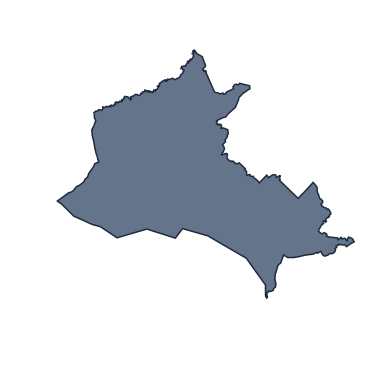 Šēderes pag., Ilukstes, Latvia (Mercator projection), rotated 335°
{"feature_id": "27541924B25331011014428", "entity_name": "Šēderes pag.", "entity_type": "district", "adm_level": 2, "iso_a3": "LVA", "parent_name": "Latvia", "parent_adm1": "Ilukstes", "projection": "mercator", "projection_center": [26.237, 55.885], "detail": "fine", "context": "isolated", "style": "filled", "palette": "slate", "viewbox_px": 384, "rotation_deg": 335, "n_neighbors": 0, "source": "geoboundaries", "source_scale": "gbopen_adm2", "svg_char_len": 5911}
<svg xmlns="http://www.w3.org/2000/svg" viewBox="0 0 384 384"><g transform="rotate(335 192 192)"><path d="M66.1,143.3L68.9,148.2L74.6,163.8L87.8,179.2L94.3,184.7L104.7,201.8L135.4,206.5L157.4,226.8L168.0,221.2L187.7,238.3L213.2,274.9L219.3,307.4L214.7,317.3L214.9,319.7L215.9,319.2L216.1,318.7L215.9,318.5L216.5,316.8L217.2,315.4L217.8,314.8L218.7,315.0L219.6,314.3L221.2,315.4L223.7,315.5L224.4,315.3L225.0,314.0L227.3,313.5L228.5,312.2L228.7,310.7L229.2,310.5L230.4,305.9L233.1,301.0L234.0,300.5L238.5,295.2L239.9,294.4L242.3,293.9L248.4,287.8L251.1,291.9L256.4,294.3L261.3,295.7L268.1,297.1L275.5,299.5L279.8,299.6L280.1,300.6L283.6,300.1L283.8,303.9L284.5,305.6L285.8,306.4L288.9,306.6L289.8,306.1L291.0,306.1L292.9,307.1L295.4,307.0L297.5,305.4L297.8,303.9L299.8,303.3L299.8,301.6L302.6,302.1L302.9,301.4L305.6,303.3L308.2,304.7L308.9,306.8L314.0,305.9L317.9,305.7L317.8,302.7L317.0,301.1L315.0,299.1L312.7,300.5L312.2,301.9L311.6,301.7L311.1,298.6L308.1,297.7L308.0,296.1L304.2,297.0L304.5,295.1L297.2,290.7L295.1,288.7L296.2,287.8L296.2,286.8L294.8,284.8L292.3,284.8L291.0,283.4L290.1,280.6L295.0,276.9L298.0,276.1L297.8,274.5L298.7,273.8L299.7,274.2L300.2,275.8L300.7,275.6L301.4,275.3L301.1,274.2L301.6,274.1L301.6,273.3L302.5,272.6L305.3,272.7L305.4,271.9L306.4,272.0L307.1,270.8L308.2,270.8L308.9,269.9L308.8,266.3L308.2,264.9L307.2,265.0L307.0,263.4L304.5,261.3L304.5,260.2L303.7,259.4L303.7,257.6L304.8,257.5L306.5,256.1L306.6,255.2L306.0,253.2L305.0,251.7L305.0,251.2L305.6,247.6L305.5,246.4L305.6,245.1L307.3,240.4L306.6,236.9L305.8,234.5L292.8,239.9L285.4,242.5L276.2,218.4L277.2,218.0L276.9,217.0L278.8,214.7L278.4,214.2L274.6,214.6L274.6,213.5L275.2,212.0L273.0,210.6L269.5,210.9L267.4,211.5L266.9,208.3L256.7,212.2L256.7,211.1L256.3,209.6L255.4,207.5L254.3,205.7L254.0,204.4L254.1,203.7L251.9,202.6L251.9,200.7L250.7,200.3L248.7,200.2L249.3,198.2L250.1,196.6L249.8,194.9L249.2,193.7L250.1,193.4L247.1,185.5L244.5,185.5L244.0,184.8L243.2,184.3L243.2,183.8L242.9,183.5L243.0,183.1L242.6,182.5L242.4,181.5L241.6,181.6L241.1,180.6L240.1,180.6L239.3,179.8L238.1,176.7L238.4,176.1L238.2,175.5L238.5,174.6L239.6,173.3L239.8,173.4L240.1,172.6L239.4,171.5L237.8,171.2L236.8,171.5L236.3,171.1L234.4,170.7L234.9,170.0L237.3,168.9L239.8,166.3L240.0,164.0L239.6,162.1L243.7,160.5L244.0,158.8L247.0,157.1L247.8,156.2L248.0,155.3L249.4,154.6L250.7,151.1L250.7,150.6L250.2,150.3L250.2,150.0L249.4,149.4L248.9,148.6L247.1,147.0L246.1,147.1L245.3,146.8L245.3,146.2L246.2,145.5L246.4,144.7L246.8,144.5L246.9,143.5L246.1,142.5L245.3,142.5L245.4,142.2L244.1,142.0L244.2,141.9L243.9,141.6L244.0,141.2L243.4,141.0L243.6,140.4L243.2,140.0L243.5,139.6L243.8,139.0L244.2,138.5L244.5,138.5L244.3,138.1L244.5,137.8L251.1,137.7L254.4,138.2L257.8,136.4L267.0,133.7L273.3,128.0L274.1,126.5L279.4,124.3L286.9,123.0L288.0,123.1L289.1,120.1L281.1,113.6L279.2,114.5L277.9,113.3L276.5,112.6L273.6,113.9L273.4,116.0L265.8,116.0L263.3,117.1L262.0,116.8L262.0,115.6L261.4,115.3L258.6,114.8L257.7,113.4L254.7,111.1L255.1,89.8L255.6,89.2L255.3,88.7L255.7,88.1L255.2,87.7L255.2,88.0L254.9,88.1L254.9,87.6L254.3,87.7L253.7,87.2L253.6,86.9L254.0,86.7L253.4,85.7L253.8,85.2L256.6,84.2L257.8,83.1L258.0,79.1L258.3,75.2L258.6,73.8L254.5,68.1L254.8,67.9L254.3,66.2L254.6,65.9L254.0,64.4L253.7,64.4L253.4,64.9L253.1,64.3L252.8,64.3L252.6,64.8L252.1,65.0L252.0,65.5L253.3,65.9L251.5,66.7L251.9,67.0L251.6,67.4L251.0,67.2L251.4,67.8L251.5,68.2L251.0,68.7L250.8,69.9L250.3,70.3L249.7,70.2L248.2,71.4L247.2,71.1L247.0,71.3L247.2,71.9L246.9,72.1L246.3,71.3L246.1,71.6L245.3,71.6L244.5,72.0L244.8,72.4L244.6,72.8L244.1,72.3L244.1,71.8L243.8,71.7L243.4,72.3L243.1,72.2L243.2,72.8L242.9,73.5L241.9,73.1L240.0,74.4L239.9,74.8L239.5,75.2L239.2,75.2L238.4,74.5L236.6,74.3L236.0,73.8L235.7,73.9L234.2,75.4L235.3,75.8L235.5,76.2L235.2,76.6L235.3,77.2L236.2,78.2L235.6,78.9L234.5,79.5L234.3,80.1L231.1,81.2L229.7,82.6L228.9,82.8L224.2,82.9L223.6,82.5L222.5,80.7L218.7,80.4L218.3,80.2L217.9,79.5L216.7,80.7L215.6,80.9L215.2,80.5L216.1,80.3L216.2,80.0L216.0,79.4L213.8,78.9L212.7,79.4L211.9,79.0L210.8,79.5L208.1,79.9L208.2,81.1L207.2,81.8L206.6,81.3L205.3,81.5L205.5,82.4L206.1,82.7L203.3,84.2L202.6,84.4L202.1,83.9L201.5,84.7L201.4,84.1L200.7,84.4L200.4,83.5L200.1,83.7L200.1,84.2L199.7,84.6L198.1,85.3L197.8,85.0L198.3,84.5L197.3,84.0L197.2,83.5L196.7,83.3L196.6,83.8L195.8,83.6L196.1,83.3L196.1,82.6L195.7,82.7L195.2,81.7L194.3,81.5L194.2,82.3L193.6,82.2L193.1,80.2L192.2,79.7L192.0,79.9L192.1,80.6L191.4,81.0L189.6,81.0L189.7,80.5L189.3,80.4L188.2,81.5L187.3,81.0L186.7,81.9L186.2,82.0L184.1,81.9L183.9,81.6L183.6,80.6L182.2,79.7L180.5,79.9L179.6,80.3L178.6,79.9L177.9,80.3L176.7,79.9L176.7,80.8L176.0,81.0L176.2,81.9L176.1,82.3L175.4,82.5L174.8,81.6L174.8,80.6L175.0,80.6L174.3,79.5L174.0,78.5L173.5,78.5L171.7,77.0L170.8,77.3L170.3,78.7L169.6,78.2L168.2,79.3L167.3,78.7L166.9,79.1L167.3,79.9L166.9,80.4L166.6,80.1L166.0,80.2L165.0,79.2L164.4,79.8L162.9,79.9L163.1,79.3L161.4,78.5L161.5,79.0L160.6,78.9L160.2,79.8L159.7,79.3L159.7,79.7L159.0,79.9L158.9,80.2L158.3,80.1L158.3,80.4L158.0,80.6L157.1,80.5L156.7,80.2L156.3,80.3L156.1,80.1L156.4,79.9L156.1,79.7L155.5,79.9L155.6,79.2L155.2,79.1L154.8,79.3L155.0,79.6L154.8,80.0L154.4,79.7L153.9,80.2L153.2,79.7L153.4,79.3L153.2,79.1L151.5,79.1L150.9,78.6L151.2,78.3L150.4,78.6L149.9,78.1L149.6,78.5L148.0,78.5L147.8,78.0L147.0,77.2L146.8,77.5L147.0,77.6L147.0,78.6L144.5,79.9L144.3,79.7L144.4,79.4L143.9,79.3L143.1,78.3L141.9,77.9L141.6,78.6L141.0,78.8L138.9,78.0L137.5,78.6L136.7,78.5L136.0,81.1L134.8,83.7L135.2,86.2L131.5,90.2L127.4,93.4L126.1,97.3L125.6,98.1L124.2,105.1L122.1,112.9L121.3,117.2L121.2,119.4L120.5,122.2L120.3,124.9L120.1,125.2L119.5,125.6L118.7,125.2L117.4,125.4L115.9,125.2L113.4,127.5L106.3,131.5L103.7,134.3L100.2,135.3L99.1,136.5L97.8,137.3L92.9,138.3L89.5,138.3L85.2,140.5L84.1,140.8L81.9,141.0L80.2,140.5L66.1,143.3Z" fill="#64748b" stroke="#1e293b" stroke-width="1.5"/></g></svg>